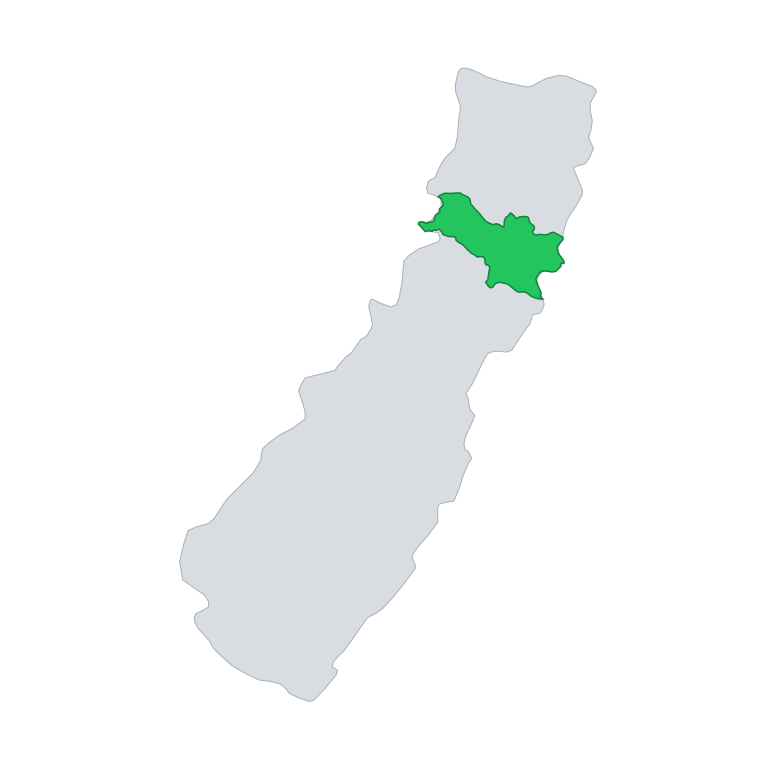 Nepal, with Janakpur highlighted, rotated 275°
{"feature_id": "NPL-1131", "entity_name": "Janakpur", "entity_type": "Administrative Zone", "adm_level": 1, "iso_a3": "NPL", "parent_name": "Nepal", "parent_adm1": "", "projection": "robinson", "projection_center": [86.017, 27.361], "detail": "fine", "context": "in_parent", "style": "filled", "palette": "green", "viewbox_px": 768, "rotation_deg": 275, "n_neighbors": 0, "source": "natural_earth", "source_scale": "10m", "svg_char_len": 5628}
<svg xmlns="http://www.w3.org/2000/svg" viewBox="0 0 768 768"><g transform="rotate(275 384 384)"><path d="M702.1,431.0L705.3,433.6L705.7,437.7L705.1,442.4L701.9,452.3L698.9,459.4L695.5,474.2L692.4,499.8L693.1,504.3L702.6,519.0L706.4,530.4L706.8,538.1L702.8,551.0L698.4,565.6L696.1,568.9L693.6,570.1L681.9,565.0L673.9,565.7L664.6,568.5L655.0,568.0L647.1,566.3L637.0,572.1L627.3,569.0L621.1,565.3L617.0,555.2L615.3,553.9L595.0,564.5L590.1,565.1L577.5,559.5L567.1,553.8L563.2,552.1L553.3,549.9L544.3,548.6L534.6,545.1L522.4,549.7L517.5,549.3L513.0,546.0L510.6,539.2L510.0,532.8L505.9,528.3L499.5,527.3L490.5,531.3L477.5,536.6L473.2,535.7L469.4,534.2L468.0,532.8L466.2,526.7L464.1,525.4L461.0,525.2L455.7,523.7L449.1,519.2L429.0,508.5L426.5,503.8L426.6,493.3L425.5,489.0L423.1,484.5L412.7,479.8L392.7,472.4L381.7,466.5L376.4,469.2L366.2,471.7L360.7,477.1L354.2,475.4L338.7,469.7L330.3,468.9L325.3,470.8L324.1,474.0L317.7,477.7L311.7,474.8L299.7,470.8L289.3,468.7L273.4,463.9L271.7,456.6L269.1,449.4L265.3,448.2L251.0,449.6L238.1,441.7L224.1,431.6L218.2,428.2L214.3,427.0L210.9,428.3L207.0,430.7L203.5,431.4L195.9,427.0L186.3,420.8L174.5,413.1L160.6,402.5L155.0,396.4L152.4,391.9L149.5,387.6L137.4,380.7L127.9,375.2L116.4,368.5L114.5,367.2L110.2,363.2L103.5,358.2L98.1,356.8L96.3,359.5L94.9,362.4L90.1,361.8L82.7,356.7L75.0,351.4L68.9,346.4L62.7,341.4L61.2,337.6L64.0,326.0L67.8,316.1L70.9,313.9L76.1,307.3L78.0,295.8L78.1,286.0L83.2,272.1L90.1,257.3L102.0,241.4L107.1,236.2L112.8,232.6L123.7,220.9L126.0,219.0L130.8,216.0L135.4,215.3L138.9,216.7L142.4,222.8L146.6,228.6L151.9,228.3L158.2,223.4L171.3,200.5L189.2,195.9L206.0,198.2L220.9,201.5L225.2,209.2L228.0,217.2L229.8,221.3L234.6,226.1L255.6,237.5L267.7,247.8L284.5,261.7L297.2,267.8L308.4,268.3L314.7,273.7L324.1,284.5L332.1,296.9L342.1,308.4L349.1,308.0L358.6,304.3L370.1,299.4L376.9,301.8L383.2,305.0L385.3,310.9L389.1,322.1L393.2,333.7L399.8,337.8L407.7,343.8L412.0,348.6L426.7,357.3L428.7,360.9L431.7,363.3L435.3,364.8L438.3,366.6L442.9,367.2L460.0,362.0L464.5,362.6L467.1,363.6L467.2,365.5L464.1,373.7L461.4,384.2L464.1,389.4L471.3,391.6L487.1,393.1L508.4,393.0L514.8,398.3L521.3,406.3L527.7,419.9L530.3,425.6L533.5,427.3L539.1,425.0L540.0,419.4L540.2,411.1L544.9,408.2L547.9,410.4L551.3,416.9L560.2,422.7L566.5,425.6L572.6,424.6L575.2,422.3L578.1,411.0L582.9,409.3L589.0,410.1L591.3,412.3L593.8,416.9L601.1,419.0L608.4,421.9L615.3,425.6L624.9,434.0L636.8,435.6L650.7,435.4L657.9,435.6L663.3,436.2L668.1,435.6L682.2,429.6L688.0,429.1L695.2,429.8L702.1,431.0Z" fill="#d9dde1" stroke="#a8b0b8" stroke-width="1"/><path d="M546.4,404.3L548.0,404.6L548.8,406.5L548.9,408.8L548.4,410.6L547.7,412.2L547.9,413.1L548.5,413.8L549.0,414.9L549.6,417.6L550.2,418.7L551.3,419.4L553.0,419.9L554.6,420.1L556.1,420.5L557.5,421.5L559.3,424.0L560.1,424.6L560.9,424.7L561.5,424.5L562.2,424.1L562.9,424.0L563.6,424.4L566.3,426.7L567.9,427.3L568.9,427.3L571.9,425.7L573.6,424.7L574.6,423.4L575.1,421.6L576.6,423.1L579.0,427.0L579.5,429.4L579.5,431.9L580.0,436.7L580.7,439.3L580.7,441.2L581.0,442.8L580.7,443.8L580.3,444.5L579.7,445.4L579.1,446.8L578.3,449.5L577.5,451.4L576.6,452.7L575.6,453.4L573.7,454.1L572.0,454.4L571.3,454.7L570.7,455.0L568.1,457.7L567.0,458.6L563.0,463.3L555.9,470.2L554.6,472.1L553.3,475.2L552.6,477.3L552.4,478.2L552.4,478.9L552.5,479.6L553.3,481.6L553.4,482.4L553.2,483.6L552.8,485.1L550.7,488.8L550.7,489.4L552.0,489.8L556.5,489.7L559.1,490.3L560.3,490.7L560.9,491.2L561.4,492.0L562.0,492.7L562.4,493.0L564.9,494.6L565.2,495.0L565.4,495.3L565.0,496.2L562.6,499.3L560.4,501.2L560.4,501.8L560.6,502.2L561.0,502.6L561.4,502.9L561.8,503.5L562.5,505.8L563.1,508.5L563.1,511.3L562.8,512.6L562.3,513.4L559.0,514.5L556.9,516.0L554.6,519.5L552.6,520.3L551.9,520.2L550.8,519.9L548.7,518.9L548.0,518.9L547.3,519.3L546.2,520.6L545.9,521.3L545.7,521.9L545.6,522.6L545.7,523.1L546.4,525.1L546.6,526.2L546.6,530.9L546.7,531.9L546.9,532.8L547.2,533.9L547.8,535.0L549.2,537.2L549.6,538.1L549.9,539.2L549.8,540.1L549.5,540.9L545.8,549.3L545.7,549.6L543.7,549.7L543.2,549.5L542.8,549.1L537.3,545.5L534.9,544.6L532.0,545.6L530.1,545.8L528.8,546.7L523.3,551.6L521.6,552.7L520.3,552.9L519.7,552.4L519.6,551.6L519.5,550.8L519.4,550.0L518.8,549.5L518.0,549.7L517.2,550.0L516.5,549.8L512.1,546.2L511.0,544.8L510.2,541.5L510.8,534.6L510.1,531.4L509.0,529.9L502.8,526.3L501.9,526.0L495.6,528.6L492.1,530.6L489.2,532.2L487.7,532.7L486.3,532.2L484.9,532.1L483.6,533.4L482.4,534.8L482.3,530.9L482.5,529.0L483.2,526.1L484.4,522.7L487.1,518.6L487.5,517.6L487.8,516.5L487.9,514.9L487.8,513.7L487.6,512.8L487.5,512.3L487.4,511.4L487.3,510.7L487.5,509.6L487.8,508.6L489.0,506.4L494.1,499.0L494.6,496.9L494.8,494.5L494.9,493.8L495.1,493.3L495.3,492.9L495.5,492.1L495.4,491.0L495.0,488.9L494.5,487.6L494.1,486.8L493.7,486.3L493.2,485.8L492.6,485.4L490.6,484.3L489.9,483.7L489.5,483.1L489.3,482.3L489.3,481.5L489.4,480.8L490.7,479.2L494.4,476.4L496.1,477.8L496.6,478.1L497.2,478.3L508.7,479.1L509.7,479.0L510.6,478.6L511.4,477.3L511.6,476.4L511.6,475.6L512.0,474.9L513.0,474.3L517.6,473.5L519.5,471.3L519.1,467.5L519.0,467.0L518.6,465.6L519.0,465.0L519.9,464.0L520.4,463.1L521.3,461.4L521.6,460.0L525.4,455.1L528.6,451.6L529.5,450.2L530.5,448.5L531.8,445.6L532.9,444.0L533.6,443.2L534.1,443.0L535.9,442.6L536.4,442.1L536.7,441.2L536.8,439.1L536.6,435.8L536.9,433.6L538.3,429.4L538.9,429.3L540.0,428.8L542.5,426.1L543.0,425.8L542.9,424.8L542.5,424.1L542.0,423.6L541.6,422.9L541.6,421.8L541.8,421.0L541.8,420.3L541.1,419.4L540.3,418.8L540.2,418.3L540.3,417.7L540.3,416.9L540.7,415.3L540.7,414.8L540.5,414.1L539.6,412.7L539.5,411.8L546.4,404.3Z" fill="#22c55e" stroke="#15803d" stroke-width="1.5"/></g></svg>